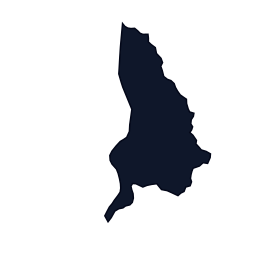 the district of Terezópolis de Goiás, Goiás, Brazil, rotated 141°
{"feature_id": "56859067B74545667344243", "entity_name": "Terezópolis de Goiás", "entity_type": "district", "adm_level": 2, "iso_a3": "BRA", "parent_name": "Brazil", "parent_adm1": "Goiás", "projection": "mercator", "projection_center": [-49.069, -16.456], "detail": "fine", "context": "isolated", "style": "filled", "palette": "ink", "viewbox_px": 256, "rotation_deg": 141, "n_neighbors": 0, "source": "geoboundaries", "source_scale": "gbopen_adm2", "svg_char_len": 1366}
<svg xmlns="http://www.w3.org/2000/svg" viewBox="0 0 256 256"><g transform="rotate(141 128 128)"><path d="M67.5,98.0L70.0,101.7L69.3,104.8L67.1,110.1L64.5,113.6L65.5,116.9L66.6,120.9L66.3,125.5L65.6,129.7L64.2,133.5L64.8,137.8L66.8,141.1L67.8,145.6L65.2,151.2L63.7,155.4L60.0,157.1L58.5,161.4L59.0,168.0L56.2,173.3L57.5,178.4L58.0,182.1L55.6,185.0L53.5,188.3L57.5,191.4L59.0,194.0L59.3,197.3L60.1,201.3L63.1,203.4L65.3,205.8L66.5,208.9L66.5,212.6L82.7,195.9L90.7,187.2L97.6,179.6L101.1,175.8L104.4,168.0L106.3,163.1L113.2,140.1L124.7,129.3L129.1,124.4L134.9,121.5L139.2,121.9L142.5,122.4L148.6,121.5L155.0,120.1L159.4,118.1L162.2,114.1L163.1,110.1L162.8,103.3L164.2,98.9L166.4,94.1L168.9,89.4L171.5,85.8L174.4,83.1L178.5,81.8L184.2,80.4L187.7,79.2L192.2,78.3L197.1,76.2L201.3,74.3L202.5,67.7L197.5,68.9L190.5,71.7L186.0,71.1L182.2,69.1L179.0,69.0L174.9,67.1L171.5,67.5L168.0,70.1L165.4,73.8L164.0,77.6L162.3,81.0L159.4,82.0L156.9,79.7L153.6,72.8L149.4,71.5L145.1,69.3L140.7,66.6L140.7,59.1L137.0,54.7L134.8,50.4L131.7,44.0L127.9,44.2L124.4,43.4L120.3,45.8L116.1,44.0L112.5,46.2L111.2,49.5L108.4,52.1L105.7,54.1L102.8,55.8L96.4,53.5L91.5,53.8L88.4,50.4L82.8,53.3L80.2,56.0L82.0,60.6L84.9,64.9L84.9,68.2L85.2,73.0L82.6,75.3L82.1,81.6L82.8,85.6L79.8,86.5L77.0,88.3L76.6,91.7L73.6,94.7L69.9,95.9L67.5,98.0Z" fill="#0f172a" stroke="#020617" stroke-width="1.5"/></g></svg>